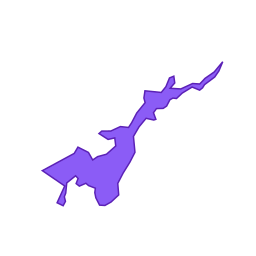 outline of Navbakhor, Navoi, Uzbekistan, rotated 291°
{"feature_id": "79887680B67095237367046", "entity_name": "Navbakhor", "entity_type": "district", "adm_level": 2, "iso_a3": "UZB", "parent_name": "Uzbekistan", "parent_adm1": "Navoi", "projection": "equal_earth", "projection_center": [65.4, 40.147], "detail": "fine", "context": "isolated", "style": "filled", "palette": "violet", "viewbox_px": 256, "rotation_deg": 291, "n_neighbors": 0, "source": "geoboundaries", "source_scale": "gbopen_adm2", "svg_char_len": 1037}
<svg xmlns="http://www.w3.org/2000/svg" viewBox="0 0 256 256"><g transform="rotate(291 128 128)"><path d="M57.5,63.3L51.2,89.7L32.8,88.6L32.2,95.3L37.1,95.9L41.0,93.2L44.9,93.2L54.8,90.5L64.6,96.2L63.0,99.5L57.5,99.5L56.3,103.4L61.3,108.5L60.1,111.8L60.1,119.1L55.7,120.2L51.3,123.0L45.8,129.1L47.4,134.2L52.8,138.7L62.2,143.3L72.6,138.3L84.2,139.6L96.8,142.0L107.8,143.2L122.1,136.1L133.1,137.9L143.5,141.4L144.7,149.2L146.1,150.9L151.4,146.3L156.3,147.6L158.9,153.8L162.3,156.2L169.4,157.0L172.0,159.2L172.9,162.7L180.0,166.1L189.2,173.2L189.0,181.3L192.2,183.2L195.9,183.9L206.7,190.7L213.8,192.4L223.8,192.7L211.2,188.4L201.9,182.1L194.8,179.2L192.7,172.4L183.4,163.3L180.2,153.1L186.8,155.5L192.8,152.2L189.6,148.8L180.2,148.6L173.1,146.3L168.8,130.5L161.7,132.1L157.8,134.9L145.2,130.8L134.2,129.5L128.7,128.3L126.6,120.4L119.0,113.0L115.7,104.6L112.4,102.9L110.2,113.5L114.0,119.2L106.8,123.0L95.8,117.3L90.4,109.9L85.5,106.5L91.0,99.8L92.2,88.1L85.0,86.9L57.5,63.3Z" fill="#8b5cf6" stroke="#5b21b6" stroke-width="1.5"/></g></svg>